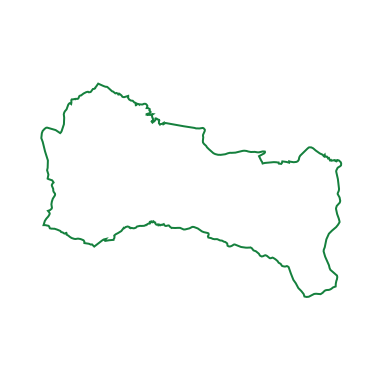 Mehadia, Caras-Severin, Romania (Albers equal-area conic projection), rotated 261°
{"feature_id": "2599482B25799438590169", "entity_name": "Mehadia", "entity_type": "district", "adm_level": 2, "iso_a3": "ROU", "parent_name": "Romania", "parent_adm1": "Caras-Severin", "projection": "albers", "projection_center": [22.39, 44.919], "detail": "fine", "context": "isolated", "style": "outline", "palette": "green", "viewbox_px": 384, "rotation_deg": 261, "n_neighbors": 0, "source": "geoboundaries", "source_scale": "gbopen_adm2", "svg_char_len": 6008}
<svg xmlns="http://www.w3.org/2000/svg" viewBox="0 0 384 384"><g transform="rotate(261 192 192)"><path d="M205.4,299.8L205.5,297.1L206.6,293.7L207.1,292.8L205.8,292.5L206.9,290.0L208.1,286.0L206.5,285.3L205.8,284.5L206.5,282.2L207.6,282.1L207.6,281.5L208.1,280.3L208.7,277.5L209.3,268.5L209.1,266.2L210.8,265.9L212.0,265.3L216.9,263.8L218.9,269.5L219.8,270.3L220.5,270.3L220.7,269.7L221.0,268.0L220.7,264.4L220.9,263.0L221.8,260.3L222.3,256.4L223.2,253.9L224.0,252.3L224.6,250.1L224.7,248.5L224.1,241.0L224.5,237.1L224.8,235.5L224.6,233.3L224.1,230.8L224.2,226.2L224.7,223.5L225.8,220.9L227.0,219.2L231.6,215.4L233.8,213.8L235.3,213.2L237.7,211.3L239.2,210.6L240.7,210.7L244.4,211.7L245.7,211.6L246.8,211.9L250.4,214.2L251.6,214.4L253.2,213.4L253.6,212.6L253.6,209.3L254.2,205.9L254.9,204.5L258.2,194.2L264.3,176.6L263.4,174.3L263.9,174.2L264.6,174.5L264.0,173.0L264.0,171.4L263.6,170.9L265.1,170.1L266.9,170.4L267.7,170.9L268.4,170.8L268.9,169.9L269.0,169.3L269.8,168.8L270.4,167.8L270.3,167.4L269.4,167.4L268.8,167.0L267.7,165.8L267.3,164.8L267.5,164.1L266.9,164.1L266.7,163.8L267.9,163.1L268.5,163.6L268.7,164.4L269.9,165.0L271.3,164.7L271.5,164.5L273.9,164.3L274.7,165.1L275.0,165.7L275.2,165.0L274.6,163.6L274.7,162.7L275.0,161.3L275.0,160.2L275.4,160.0L275.5,159.2L276.0,159.3L276.5,162.4L276.9,163.2L277.4,163.6L277.9,163.6L278.4,163.1L279.3,162.7L279.7,163.1L280.5,163.2L281.8,161.7L282.0,160.4L282.9,160.9L284.0,161.4L285.3,160.9L286.3,160.0L286.6,158.6L286.5,157.7L286.2,157.2L286.2,156.4L286.8,153.9L286.5,153.6L287.1,153.2L287.9,151.3L287.8,151.1L286.9,151.0L286.5,150.5L286.5,150.1L288.9,150.2L289.4,149.1L291.4,147.7L291.9,145.9L293.2,144.4L295.3,143.5L296.0,143.9L296.9,144.0L296.3,140.0L296.5,138.9L297.0,138.1L298.5,137.4L300.2,135.8L300.2,135.3L299.7,135.0L299.7,134.8L299.8,134.6L300.6,135.0L300.9,133.8L301.6,133.0L301.4,131.7L303.5,129.8L304.0,128.8L308.7,125.0L309.2,124.4L309.5,123.0L310.5,121.2L313.7,116.3L310.9,113.6L310.2,112.7L309.6,112.6L309.2,111.7L309.2,110.2L306.8,107.8L306.6,107.3L306.6,105.7L307.2,105.1L307.3,104.3L307.1,102.9L306.2,100.2L304.7,97.5L304.8,96.9L304.4,95.8L302.1,94.3L301.9,93.6L302.2,91.8L301.9,91.2L302.2,90.8L302.1,88.9L302.3,87.8L302.1,87.5L301.3,87.1L299.3,86.9L297.8,86.4L298.9,85.3L298.6,84.5L297.7,83.5L293.2,81.0L291.9,79.4L290.6,78.3L288.8,77.5L285.5,77.4L279.0,76.1L272.6,72.8L271.5,72.0L270.8,71.0L274.5,67.0L278.2,59.1L278.3,58.1L277.5,56.4L275.7,54.1L273.6,52.9L268.8,51.6L264.8,52.4L255.1,53.2L245.7,54.6L238.4,53.2L236.2,52.3L231.6,52.9L227.8,51.5L227.3,52.1L225.4,55.7L223.4,56.7L223.0,56.8L222.3,55.7L220.8,54.6L220.0,54.6L216.7,55.4L215.2,55.2L214.0,55.3L211.8,56.4L211.0,56.4L210.0,56.0L207.2,53.5L204.5,52.1L201.8,51.2L198.4,51.2L197.5,50.8L196.3,48.9L195.9,46.8L194.0,47.9L193.0,48.1L192.1,47.7L190.4,46.3L188.4,43.9L186.4,42.1L182.5,40.2L182.2,42.0L181.4,44.0L181.2,44.7L180.4,45.5L178.4,45.9L177.8,47.4L177.2,50.5L175.9,53.0L174.1,55.9L172.9,56.5L172.3,58.0L171.5,58.7L170.9,59.5L170.8,60.4L171.2,60.9L171.4,62.3L170.9,61.5L169.5,61.5L168.1,63.2L167.0,64.1L165.4,65.9L164.2,68.2L163.8,69.6L163.8,72.1L163.1,74.2L162.5,75.4L161.3,77.3L160.0,77.9L158.4,77.7L157.0,82.1L155.9,83.8L155.9,85.0L153.4,86.9L158.1,95.5L158.9,97.3L159.1,99.5L158.0,98.1L157.3,98.6L157.3,102.7L157.0,107.0L157.4,107.1L158.7,108.1L160.0,108.5L160.9,108.3L161.3,108.6L162.2,110.1L163.0,112.5L164.5,116.1L167.2,118.9L166.8,119.2L167.8,121.1L168.0,123.0L167.5,124.1L166.8,125.0L166.3,124.9L165.8,125.8L166.0,126.5L165.2,128.9L165.5,130.9L166.5,132.3L166.7,135.4L166.4,136.5L166.1,139.5L166.6,141.1L166.4,141.3L166.7,141.8L166.7,142.3L167.1,142.6L167.5,143.7L167.7,144.7L167.4,145.3L167.7,145.6L168.5,145.4L169.0,145.6L169.2,146.0L169.3,147.2L168.6,146.9L168.7,147.4L168.2,148.3L168.3,149.0L168.9,149.5L167.9,150.3L167.6,150.9L166.7,150.8L165.4,151.6L165.1,152.3L165.4,153.1L165.2,153.9L164.3,153.8L164.3,154.2L164.8,154.5L164.7,155.2L164.1,155.6L164.3,156.7L164.4,157.0L164.5,157.4L164.2,157.7L164.7,159.1L163.2,159.7L162.5,160.9L162.7,163.4L162.4,164.1L161.1,164.8L159.6,166.3L159.7,166.8L159.1,169.6L158.7,173.2L158.4,174.7L156.3,177.9L156.1,179.3L156.5,183.9L157.5,186.8L157.2,188.3L155.1,192.0L151.5,195.7L150.5,197.4L149.0,201.2L148.5,201.8L147.2,201.8L145.8,200.8L144.5,201.0L143.4,203.8L142.5,205.1L141.8,207.0L141.7,208.4L141.4,209.7L139.8,212.1L139.3,214.0L137.9,215.8L137.4,217.1L135.7,218.7L133.4,218.7L132.6,219.7L132.3,220.6L132.3,221.7L132.8,223.5L133.5,224.9L133.5,226.0L130.0,231.9L128.6,236.5L128.1,239.9L128.1,241.1L127.1,242.3L124.7,243.6L123.5,245.8L120.6,248.4L118.7,249.1L118.2,249.6L117.4,250.8L117.5,252.2L118.0,253.8L118.0,254.8L117.2,256.0L114.5,258.4L114.3,259.5L114.6,261.3L114.0,262.2L112.5,263.9L110.4,265.7L108.6,266.5L107.2,268.3L105.0,269.3L104.6,269.9L103.9,271.7L103.8,272.9L104.0,274.1L103.6,274.8L102.7,275.7L96.0,276.9L89.3,278.4L85.7,280.2L80.5,282.0L77.0,284.5L73.8,286.3L71.2,286.7L70.4,288.8L70.3,291.0L72.2,296.7L72.1,298.6L71.0,303.0L72.0,305.3L73.1,306.7L74.0,308.3L74.1,310.0L73.9,311.7L74.1,313.1L74.6,314.5L75.7,316.4L76.2,319.1L79.0,319.7L81.7,320.7L83.1,321.5L85.3,322.2L86.8,322.1L93.5,316.5L95.4,316.0L98.2,315.8L107.3,313.4L112.7,312.7L114.3,313.1L116.7,314.5L124.2,317.3L129.4,320.7L132.0,324.3L134.8,328.9L136.8,331.1L139.1,333.0L139.9,333.1L142.9,332.8L147.5,331.9L152.6,331.6L153.4,331.7L155.6,332.8L158.4,336.3L160.0,337.0L163.5,336.9L167.1,335.6L167.9,335.7L170.3,337.2L172.0,337.7L181.9,338.1L189.7,337.6L190.7,337.9L193.2,339.7L194.4,342.6L195.1,343.4L196.8,343.8L198.1,343.6L200.1,342.1L200.8,340.7L200.8,340.3L199.9,339.9L199.8,339.7L200.3,339.5L200.1,338.7L200.8,338.2L200.8,337.9L201.2,337.9L201.1,334.5L201.9,334.3L201.7,333.2L204.1,332.6L203.8,331.7L204.6,331.4L204.7,331.6L205.9,330.7L205.8,330.1L206.3,329.5L206.0,328.6L206.5,328.0L207.7,328.9L208.0,328.9L207.0,327.7L208.5,326.7L210.1,324.3L213.6,320.7L216.2,318.5L217.4,316.8L217.7,315.2L217.7,314.3L216.8,312.8L211.0,304.6L209.5,303.4L207.1,302.5L206.1,301.5L205.8,301.2L205.4,299.8Z" fill="none" stroke="#15803d" stroke-width="2"/></g></svg>